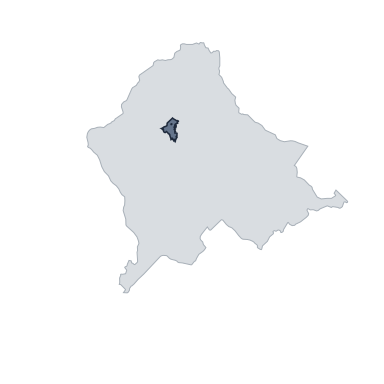 Isangi, Orientale, Democratic Republic of the Congo shown in context, rotated 314°
{"feature_id": "63176286B30130216174864", "entity_name": "Isangi", "entity_type": "district", "adm_level": 2, "iso_a3": "COD", "parent_name": "Democratic Republic of the Congo", "parent_adm1": "Orientale", "projection": "mercator", "projection_center": [24.08, 0.36], "detail": "fine", "context": "in_parent", "style": "filled", "palette": "slate", "viewbox_px": 384, "rotation_deg": 314, "n_neighbors": 0, "source": "geoboundaries", "source_scale": "gbopen_adm2", "svg_char_len": 6733}
<svg xmlns="http://www.w3.org/2000/svg" viewBox="0 0 384 384"><g transform="rotate(314 192 192)"><path d="M305.4,243.5L282.1,247.2L282.5,248.6L282.3,250.0L281.7,251.1L279.3,254.0L275.8,256.7L275.8,257.3L277.6,260.3L278.7,264.4L278.4,271.6L278.9,273.6L278.8,275.1L277.6,276.8L275.3,285.6L276.8,289.8L281.5,293.8L284.2,296.7L288.7,297.8L289.5,297.6L289.8,295.1L293.4,294.2L293.4,309.9L293.1,310.8L292.5,311.0L291.6,310.5L291.3,309.0L290.3,308.3L285.9,310.3L284.8,310.2L283.5,309.9L282.6,309.1L282.4,307.9L279.2,303.3L277.7,303.0L276.0,298.9L269.0,295.9L266.3,295.6L264.9,294.7L263.5,291.5L261.2,289.4L260.7,287.1L260.2,286.8L258.8,287.3L257.5,290.9L256.0,291.8L253.1,291.8L245.9,290.8L240.8,288.9L239.4,289.0L237.4,287.4L236.6,284.6L237.0,282.4L236.6,282.1L228.8,283.9L226.9,285.0L225.2,284.7L224.6,284.1L225.4,282.6L225.0,281.0L224.4,280.3L222.1,279.7L221.4,278.0L220.0,277.7L219.5,278.0L219.2,279.1L218.3,279.5L213.7,279.0L208.8,280.5L202.3,280.1L199.2,281.9L198.7,281.9L198.1,280.9L197.5,278.0L197.8,277.2L198.8,276.6L199.1,275.4L198.8,272.4L199.0,271.6L198.7,269.9L197.7,267.1L196.3,264.8L193.4,261.4L192.9,259.8L193.1,255.9L194.0,249.9L193.9,245.4L192.7,242.5L192.5,239.3L193.2,233.7L192.5,232.4L177.7,231.9L177.1,231.5L176.8,230.7L177.5,227.3L168.5,228.2L165.8,228.8L164.1,230.2L163.5,231.9L163.5,234.4L162.1,236.7L161.7,240.6L159.2,241.1L156.8,241.1L151.9,240.2L147.3,241.4L145.0,242.4L143.8,241.9L139.6,242.3L139.0,242.0L134.2,234.2L132.1,231.6L131.7,230.4L131.8,229.1L131.3,227.5L129.0,223.5L128.6,221.7L128.7,218.7L128.5,217.8L126.4,215.3L125.1,214.4L123.7,214.0L99.5,214.3L91.5,213.9L85.7,214.2L82.8,214.0L82.0,213.6L79.3,214.1L77.9,215.2L75.8,215.7L74.5,215.5L72.0,212.6L75.4,212.1L75.7,211.8L75.9,204.9L75.0,203.9L76.8,202.8L79.8,199.7L82.6,198.6L83.0,198.0L83.6,198.0L84.7,199.3L87.1,201.0L90.2,199.5L90.5,199.1L90.9,196.1L91.7,195.9L93.0,196.5L93.8,196.5L95.1,195.7L99.0,194.2L100.2,196.1L99.1,197.8L99.6,199.0L99.7,200.9L100.3,201.3L103.4,201.5L104.3,201.1L110.5,194.3L112.1,193.5L114.6,190.8L118.1,189.6L119.6,187.5L121.5,183.6L122.4,178.2L122.1,168.7L122.4,167.4L126.5,163.2L130.8,155.4L133.6,153.4L135.8,152.6L139.1,149.8L141.8,146.9L141.4,143.5L142.0,140.7L143.4,137.1L143.9,133.2L143.4,129.2L143.6,125.9L145.6,120.7L145.8,114.7L147.5,109.6L151.0,103.2L152.7,98.4L152.4,93.7L152.8,90.2L152.7,88.1L152.0,86.3L152.3,85.2L153.7,84.8L155.3,83.0L158.3,78.3L161.5,76.1L163.8,75.4L166.1,75.4L167.6,75.8L170.1,77.7L172.9,79.1L175.0,80.9L177.1,83.8L182.1,84.4L184.2,85.4L185.5,85.8L186.0,85.5L187.0,85.7L189.4,86.5L191.3,86.0L200.5,87.9L201.6,87.0L204.2,82.1L206.1,80.5L209.3,80.3L211.8,81.2L213.1,81.2L224.4,77.0L225.9,76.8L230.0,77.9L232.7,77.2L233.8,77.4L236.1,76.7L238.0,73.7L239.6,73.0L255.9,76.2L258.4,74.6L259.6,74.5L263.3,75.6L264.4,77.4L266.5,78.9L268.1,81.5L270.5,82.9L271.8,84.2L273.2,85.2L276.2,85.5L279.9,83.2L282.6,83.5L285.3,84.7L286.2,84.7L288.2,83.3L289.3,81.9L290.3,81.6L291.9,82.2L293.2,83.5L294.3,85.5L298.4,89.8L302.3,91.7L303.3,94.3L304.8,94.1L305.5,94.3L306.5,96.0L307.2,96.4L307.4,97.1L306.4,98.7L305.4,101.7L306.7,103.6L305.6,106.3L305.1,109.1L306.4,109.8L308.1,109.7L309.6,111.2L310.8,111.4L312.0,113.0L311.7,114.3L307.8,118.8L302.0,124.4L300.0,125.1L299.0,126.1L298.3,127.7L296.5,129.1L295.2,129.7L295.1,133.7L293.2,137.9L292.4,138.8L291.3,145.6L291.5,146.7L290.4,152.3L290.6,157.5L287.8,159.1L285.8,161.7L285.0,163.4L285.0,167.6L281.8,170.2L281.6,170.8L282.4,173.8L283.5,174.3L283.6,175.3L286.2,178.5L286.0,188.3L286.2,189.3L287.5,191.6L288.4,196.1L287.4,201.8L291.0,212.2L289.4,216.0L290.2,219.7L292.3,223.5L297.3,227.3L298.6,228.8L299.9,230.9L301.1,234.2L305.4,243.5Z" fill="#d9dde1" stroke="#a8b0b8" stroke-width="1"/><path d="M224.2,126.3L223.9,126.6L223.8,126.8L223.7,126.8L223.3,127.1L222.9,127.4L222.7,127.6L222.5,127.8L222.4,127.8L222.2,127.9L221.9,127.7L221.7,127.7L221.4,127.6L221.1,127.6L220.9,127.5L220.7,127.4L220.5,127.2L220.4,127.2L220.1,127.1L219.9,126.9L219.6,126.8L219.4,126.8L219.3,126.7L219.1,126.6L218.9,126.5L218.7,126.6L218.3,126.5L218.2,126.5L218.0,126.4L217.8,126.4L217.7,126.4L217.4,126.3L217.1,126.2L216.9,126.2L216.6,126.0L216.7,126.3L217.1,126.8L217.2,127.0L217.3,127.2L217.3,127.3L217.4,127.5L217.2,127.7L217.2,127.8L217.1,128.0L216.7,127.8L216.5,127.5L216.5,128.1L216.5,128.5L216.4,128.7L216.4,128.8L216.2,129.2L215.9,129.4L215.8,129.7L215.8,129.9L215.7,130.2L215.7,130.7L215.8,130.9L215.9,131.0L216.0,131.1L216.3,131.4L216.4,131.6L216.6,131.6L216.9,131.6L217.1,131.6L217.3,131.7L217.6,131.6L217.6,131.8L217.7,132.0L217.8,132.1L217.8,132.4L217.7,133.3L217.7,133.7L217.7,133.9L217.5,134.4L217.6,134.6L217.8,134.8L217.9,135.0L217.7,135.4L217.8,135.7L217.7,135.7L217.7,135.9L217.6,136.0L217.5,136.5L217.4,136.5L217.3,136.8L217.1,137.1L216.9,137.5L216.3,138.6L216.2,138.8L216.1,139.0L216.1,139.3L216.0,139.5L215.9,139.5L215.7,139.8L215.5,140.0L215.2,140.3L215.1,140.5L215.4,140.5L215.7,140.5L216.1,140.5L216.4,140.4L216.9,140.3L217.0,140.4L217.0,140.5L216.9,140.7L216.9,140.9L216.8,141.2L216.7,141.2L216.5,141.4L216.3,141.5L216.3,141.8L216.4,142.0L216.5,142.1L216.7,142.4L216.8,142.4L217.0,142.4L217.3,142.5L217.2,142.7L216.3,143.1L216.2,143.3L216.3,143.3L216.6,143.3L216.9,143.3L216.9,143.5L216.7,144.1L216.5,144.9L217.1,144.7L217.3,144.6L217.7,144.2L217.8,144.1L218.1,143.7L218.3,143.6L218.5,143.7L218.7,143.8L218.8,143.8L219.0,143.7L219.3,143.6L219.6,143.4L219.8,143.4L220.1,143.4L220.3,143.3L220.7,143.3L220.8,143.3L221.0,143.2L220.8,142.7L220.7,142.4L220.7,142.2L220.9,142.1L221.2,142.1L221.4,142.0L221.8,142.2L222.1,142.0L222.3,141.9L222.4,141.7L222.5,141.6L223.7,140.6L223.8,140.5L223.8,140.4L223.8,140.1L223.7,140.0L223.6,139.9L223.4,139.7L222.8,139.0L222.6,138.9L222.5,138.7L222.9,138.4L223.2,138.0L223.3,138.0L223.4,137.8L223.6,137.6L223.9,137.7L224.1,137.9L224.2,137.7L224.3,137.4L224.4,137.1L224.4,136.9L224.6,135.6L224.7,135.3L224.7,135.2L225.0,135.8L225.5,136.2L225.8,135.3L225.8,135.1L225.8,134.7L226.2,134.0L226.7,134.0L227.1,133.9L227.6,133.6L227.8,133.4L228.0,133.2L228.1,133.5L228.2,133.8L228.3,134.2L228.3,134.3L227.9,134.6L227.7,134.7L227.4,134.7L227.2,134.8L226.9,135.1L226.7,135.3L226.7,135.5L227.0,135.7L228.4,134.9L228.5,134.8L228.7,134.6L228.9,134.0L229.0,133.8L229.2,133.6L229.4,133.0L229.5,132.9L229.6,133.0L229.9,133.3L230.0,133.3L231.3,133.8L231.3,133.6L231.3,133.3L231.4,133.2L231.7,133.1L231.8,133.2L232.0,133.2L232.7,133.1L232.8,133.1L233.5,133.0L233.5,132.8L233.5,132.6L233.1,132.3L233.1,132.1L232.8,132.2L232.5,131.0L232.5,130.8L232.2,129.6L231.7,127.6L231.7,126.6L231.4,126.6L228.8,126.5L226.9,126.4L226.4,126.4L225.6,126.3L224.2,126.3ZM226.1,130.3L226.0,130.1L226.1,129.9L226.3,129.8L226.5,129.7L226.6,129.8L226.8,129.9L226.9,130.1L226.9,130.3L226.2,130.3L226.1,130.3Z" fill="#64748b" stroke="#1e293b" stroke-width="1.5"/></g></svg>